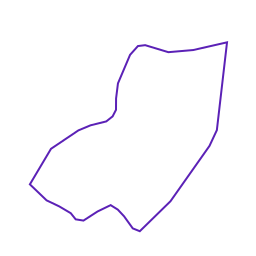 outline of Oplotnica, rotated 279°
{"feature_id": "SVN-226", "entity_name": "Oplotnica", "entity_type": "Municipality", "adm_level": 1, "iso_a3": "SVN", "parent_name": "Slovenia", "parent_adm1": "", "projection": "robinson", "projection_center": [15.447, 46.391], "detail": "fine", "context": "isolated", "style": "outline", "palette": "violet", "viewbox_px": 256, "rotation_deg": 279, "n_neighbors": 0, "source": "natural_earth", "source_scale": "10m", "svg_char_len": 503}
<svg xmlns="http://www.w3.org/2000/svg" viewBox="0 0 256 256"><g transform="rotate(279 128 128)"><path d="M139.8,216.1L123.1,211.3L62.3,181.4L27.9,155.8L29.6,148.4L40.2,137.9L45.8,130.7L49.1,122.9L40.8,111.0L29.6,98.5L29.6,90.6L34.9,84.8L39.8,72.4L43.8,58.9L57.0,39.9L95.4,55.2L117.9,79.4L124.8,90.6L131.1,105.5L137.1,111.0L144.1,113.3L155.3,111.6L170.5,111.1L200.6,118.6L210.5,125.0L212.5,132.0L209.2,156.0L215.2,180.2L228.1,212.4L139.8,216.1Z" fill="none" stroke="#5b21b6" stroke-width="2"/></g></svg>